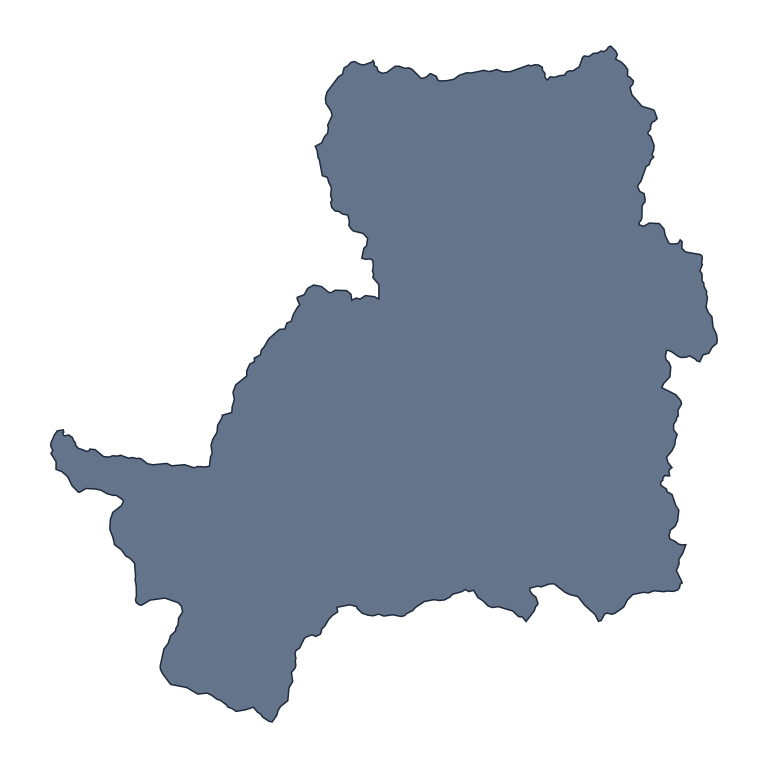 outline of Recuay, Áncash, Peru
{"feature_id": "86281439B88732567790180", "entity_name": "Recuay", "entity_type": "district", "adm_level": 2, "iso_a3": "PER", "parent_name": "Peru", "parent_adm1": "Áncash", "projection": "albers", "projection_center": [-77.446, -9.949], "detail": "fine", "context": "isolated", "style": "filled", "palette": "slate", "viewbox_px": 768, "rotation_deg": 0, "n_neighbors": 0, "source": "geoboundaries", "source_scale": "gbopen_adm2", "svg_char_len": 5997}
<svg xmlns="http://www.w3.org/2000/svg" viewBox="0 0 768 768"><path d="M297.3,297.3L297.2,299.1L299.8,305.0L297.7,306.9L293.4,314.3L291.1,321.4L286.9,323.0L284.8,329.0L279.4,329.4L268.7,338.9L264.1,347.0L261.3,350.0L260.4,354.9L254.3,358.1L254.5,361.6L249.8,364.1L246.8,370.6L246.7,376.0L235.7,384.9L233.0,392.2L234.3,399.7L232.2,406.7L231.8,412.5L222.3,415.2L221.9,417.8L217.6,425.3L217.0,432.3L212.9,439.1L211.0,445.3L212.2,453.2L210.5,456.9L209.5,466.1L205.3,467.0L197.7,466.5L194.2,467.8L184.5,464.7L171.7,465.8L166.9,463.4L152.7,464.8L147.4,463.7L141.6,459.1L139.2,458.2L136.7,458.6L132.3,457.5L128.7,458.2L120.4,455.2L117.7,456.1L112.6,455.8L109.3,457.1L103.6,456.6L95.0,449.6L89.9,449.1L89.1,450.6L87.0,451.4L78.0,448.1L75.5,445.0L75.5,442.9L73.8,441.1L72.4,437.5L68.8,435.0L64.5,435.8L63.3,435.1L62.7,433.0L63.8,432.2L63.2,429.8L57.2,430.9L54.2,435.4L51.0,442.8L50.7,445.9L52.8,450.6L50.9,453.5L56.1,461.7L56.0,469.4L61.7,471.5L67.6,476.6L72.1,485.8L78.3,492.1L79.6,492.3L86.0,488.5L95.3,489.0L101.0,490.2L107.0,493.7L112.7,495.3L116.4,495.4L123.0,500.0L123.4,501.5L121.3,505.7L112.8,512.4L110.3,519.8L109.9,529.6L112.9,537.3L114.6,544.8L121.5,549.9L125.8,556.0L129.9,558.2L134.5,563.1L135.6,576.4L135.1,579.7L136.2,585.6L136.4,595.9L135.5,600.0L136.3,602.6L139.1,604.8L141.6,605.2L150.2,600.1L164.9,598.1L178.3,602.8L181.3,606.2L182.6,611.9L178.6,618.1L178.0,624.6L175.9,628.3L175.5,631.0L170.5,635.8L168.1,643.5L163.9,649.0L160.2,666.1L160.5,669.5L162.5,673.5L170.6,684.4L186.6,687.5L197.8,694.1L206.9,693.1L211.4,695.1L216.5,699.0L220.8,700.6L226.5,704.9L227.7,706.9L232.7,708.9L236.0,711.4L245.6,709.8L253.2,707.2L257.5,712.1L260.6,714.1L262.9,717.4L269.3,721.4L272.2,721.9L276.7,715.4L278.2,710.2L280.7,706.3L287.8,700.7L289.0,687.8L292.7,681.6L291.4,672.6L295.1,668.0L295.8,665.8L295.3,660.5L295.9,658.4L295.0,653.5L295.9,650.6L299.6,648.1L304.5,638.1L306.0,637.1L312.1,634.8L315.8,636.4L320.0,634.4L321.3,632.3L321.6,629.0L324.9,626.0L328.5,619.6L332.5,615.4L337.7,611.9L336.9,607.3L349.8,604.8L356.5,606.5L357.2,608.5L362.1,613.2L368.1,615.2L373.0,615.8L378.8,614.1L383.9,616.1L392.5,614.8L401.2,616.5L404.8,615.6L406.0,613.9L412.7,610.6L415.5,607.4L424.4,601.5L433.9,599.7L439.5,600.5L444.6,599.9L449.9,597.1L452.5,594.3L461.6,591.7L465.5,589.6L468.8,591.6L473.6,590.3L478.0,597.6L482.7,600.6L488.2,606.1L492.4,607.5L498.4,606.7L512.8,611.0L518.4,616.5L520.4,617.0L521.8,616.4L526.1,621.5L534.4,610.6L535.7,606.5L537.6,604.8L537.9,603.1L535.9,597.1L532.3,594.3L530.0,590.8L530.0,588.1L537.9,586.1L541.3,586.9L549.4,584.0L554.1,583.8L565.1,592.4L569.8,594.6L577.9,596.6L584.6,605.1L594.9,614.4L598.5,621.3L601.0,620.6L604.9,613.7L607.7,613.2L611.8,614.3L614.9,613.3L623.7,607.1L627.4,600.0L632.8,594.5L643.5,592.3L648.4,592.9L654.0,590.8L663.9,591.7L667.2,591.0L673.4,591.4L677.8,590.0L679.5,587.6L680.2,584.2L682.3,582.8L676.4,570.5L679.1,563.9L678.8,559.5L682.8,553.2L685.8,544.7L682.2,544.9L678.2,544.0L675.8,541.8L669.6,538.7L669.1,535.2L670.4,530.1L675.2,526.2L677.7,520.5L678.8,510.2L675.8,505.6L672.0,494.4L666.8,491.6L666.7,489.3L661.1,485.4L660.7,483.6L660.8,482.2L662.9,480.1L662.7,478.2L664.7,475.6L669.6,475.9L668.8,471.1L670.3,468.6L672.0,467.7L667.9,462.3L666.6,457.1L672.0,450.7L674.8,444.9L675.4,439.7L677.2,434.6L673.6,429.6L673.7,424.1L676.3,420.3L676.6,417.6L678.3,416.0L677.9,410.5L681.5,404.0L680.8,400.8L675.8,394.7L661.8,387.7L663.7,383.4L669.9,376.9L670.8,367.0L669.0,362.5L666.1,359.7L665.4,356.2L666.6,350.5L667.9,350.2L671.9,351.9L678.3,356.5L681.5,357.5L686.1,357.2L689.6,355.9L695.7,359.3L696.7,360.7L699.8,361.8L703.0,354.9L708.9,353.2L712.1,347.3L716.7,343.4L717.3,340.5L716.6,334.8L713.0,326.8L711.9,316.7L708.5,312.9L706.1,306.9L707.5,297.4L706.3,294.0L706.7,291.6L704.0,286.3L703.8,283.1L702.1,280.9L702.0,273.7L699.9,270.7L702.4,264.6L701.6,263.2L702.3,258.2L701.8,255.7L700.2,254.5L686.0,252.1L684.7,251.2L681.9,248.2L682.1,241.7L680.2,239.9L679.0,242.3L677.1,243.8L671.0,244.0L669.0,243.1L665.3,235.8L663.9,228.9L659.3,223.6L649.4,223.0L643.8,226.3L639.0,224.7L639.2,222.6L641.2,220.0L641.9,217.5L642.1,206.6L643.2,203.8L644.8,202.4L645.2,199.7L644.0,193.5L639.8,191.5L637.4,186.1L641.1,180.9L646.1,166.5L649.1,164.8L650.9,159.9L653.7,157.1L651.9,154.4L653.7,150.4L654.1,145.4L650.7,136.3L648.3,134.5L647.8,132.7L650.5,129.1L650.8,125.3L652.4,121.9L654.4,121.3L657.2,118.6L654.4,110.8L652.9,109.6L642.0,106.3L631.8,94.6L630.1,87.4L632.7,84.2L633.5,81.0L629.7,77.0L627.5,76.1L627.7,69.7L625.2,65.9L621.2,62.0L615.6,59.1L617.4,54.5L615.6,51.0L610.7,46.1L608.4,47.1L607.0,49.4L603.8,51.8L601.3,50.9L597.9,53.0L593.3,53.4L589.0,56.5L584.1,56.0L582.6,57.4L579.2,66.9L572.6,71.0L569.7,70.8L566.8,71.9L564.5,75.1L559.4,75.7L554.7,77.3L550.2,76.8L547.2,80.0L544.7,77.0L545.0,73.4L542.6,70.4L542.3,67.2L538.3,64.9L534.4,64.8L531.3,65.9L528.6,65.1L510.1,71.7L503.0,71.8L496.7,69.5L490.9,71.3L488.1,71.5L484.2,70.3L471.2,73.0L466.5,72.8L459.2,75.3L453.9,79.3L446.0,80.8L439.2,80.9L437.6,79.6L436.3,76.3L431.0,73.8L430.0,73.7L427.1,76.5L424.2,77.9L421.1,78.4L412.2,69.4L408.6,67.8L405.0,68.3L399.2,66.3L395.1,66.3L386.8,72.4L382.6,73.3L378.3,71.5L376.8,67.2L374.3,65.5L374.2,62.6L373.0,60.5L371.8,62.1L363.6,65.0L359.7,64.2L354.5,61.5L350.9,62.4L347.9,65.7L344.1,67.9L342.5,74.2L338.5,76.8L327.0,92.0L325.4,98.2L326.0,103.4L330.9,111.0L332.2,115.3L327.7,125.0L328.3,128.2L327.6,133.4L324.6,136.5L321.6,142.9L315.3,146.3L317.2,150.8L318.1,157.8L319.3,159.5L322.3,175.7L327.4,177.4L328.8,182.6L331.4,187.5L330.6,195.8L332.2,200.1L330.7,202.1L331.7,207.4L335.1,211.0L338.8,211.4L342.7,214.1L347.8,215.1L349.4,221.6L348.8,225.3L350.7,228.4L353.3,231.0L363.0,233.4L367.7,238.4L366.4,245.9L363.8,248.3L361.8,258.3L365.9,259.3L370.4,258.9L372.8,260.6L373.3,266.3L372.4,271.2L373.6,274.0L372.9,277.6L378.9,284.6L378.8,299.0L374.4,296.7L365.4,295.6L360.2,299.0L356.1,298.1L351.8,300.2L350.9,294.1L346.6,290.6L335.2,290.2L331.7,292.4L329.2,292.7L321.6,286.6L313.7,285.0L307.7,288.3L304.2,294.7L297.3,297.3Z" fill="#64748b" stroke="#1e293b" stroke-width="1.5"/></svg>